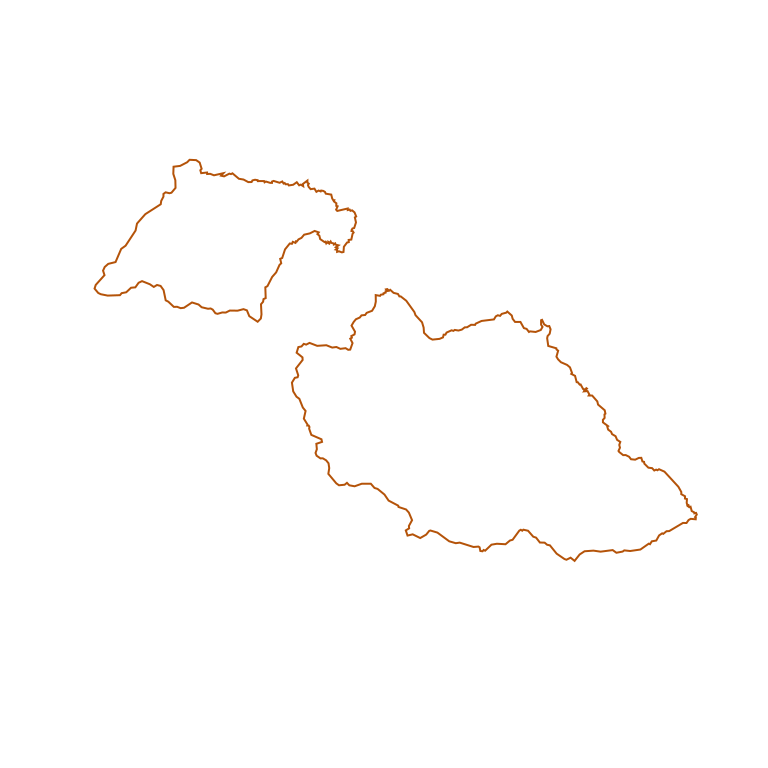 Luwu, Sulawesi Selatan, Indonesia (orthographic projection), rotated 321°
{"feature_id": "22746128B94521952332625", "entity_name": "Luwu", "entity_type": "district", "adm_level": 2, "iso_a3": "IDN", "parent_name": "Indonesia", "parent_adm1": "Sulawesi Selatan", "projection": "orthographic", "projection_center": [120.247, -3.167], "detail": "fine", "context": "isolated", "style": "outline", "palette": "amber", "viewbox_px": 768, "rotation_deg": 321, "n_neighbors": 0, "source": "geoboundaries", "source_scale": "gbopen_adm2", "svg_char_len": 6144}
<svg xmlns="http://www.w3.org/2000/svg" viewBox="0 0 768 768"><g transform="rotate(321 384 384)"><path d="M353.8,574.4L355.3,576.0L357.0,575.7L357.7,577.2L366.4,576.5L371.2,579.2L377.6,585.0L383.4,584.9L385.9,586.0L396.9,583.1L398.6,583.4L399.1,585.0L400.6,584.9L403.6,588.7L403.9,596.6L405.5,599.1L405.4,605.3L409.0,608.4L409.6,611.6L411.4,613.8L411.4,624.5L414.1,633.6L415.2,635.4L419.7,636.4L420.8,641.4L428.8,639.6L434.6,640.2L441.9,645.3L446.8,650.6L457.2,657.0L458.4,661.4L464.0,664.4L466.0,664.5L470.2,668.7L479.1,674.0L489.3,674.7L489.9,675.9L493.1,674.8L497.1,677.0L502.5,674.8L506.2,675.1L506.7,676.2L510.9,676.2L513.1,677.8L528.9,680.1L531.6,682.4L535.1,681.4L537.5,681.8L541.1,685.3L542.3,684.0L542.0,683.2L544.9,682.3L545.4,680.6L543.8,679.8L544.3,679.0L543.2,676.4L545.0,672.3L543.7,671.9L543.3,669.8L545.4,669.9L543.3,669.6L544.4,666.9L547.0,664.1L545.8,662.4L547.3,660.7L545.7,656.7L547.1,655.0L548.1,649.1L546.8,628.6L544.1,623.3L542.2,623.1L541.6,621.8L539.6,621.3L539.4,618.1L536.8,615.4L536.2,609.7L537.1,608.2L536.1,606.8L537.5,603.3L535.5,601.8L531.6,600.9L528.6,597.9L528.7,594.8L527.1,591.3L525.1,589.8L524.0,584.8L524.1,583.6L527.3,582.0L528.5,579.4L531.2,577.7L530.0,574.1L531.1,570.3L529.7,566.5L530.4,564.0L529.5,560.5L530.7,557.6L531.6,557.7L530.0,551.6L531.6,549.6L534.1,549.2L536.2,546.4L537.4,546.4L539.0,543.3L537.4,534.7L538.8,531.8L538.5,524.0L535.9,521.8L537.0,521.4L537.7,517.6L535.1,515.8L538.8,515.3L538.6,514.6L534.6,515.7L536.5,514.3L535.6,513.2L536.5,508.1L535.7,507.7L535.7,504.5L534.9,503.8L537.6,497.9L535.9,494.0L537.1,493.7L539.0,488.1L538.3,484.4L535.2,478.4L534.8,474.4L535.2,471.3L540.3,467.7L539.8,465.7L540.4,464.7L535.6,457.8L539.6,451.1L541.3,449.7L544.4,449.2L547.9,446.3L548.9,443.0L547.3,442.0L546.0,438.5L547.2,433.6L546.2,433.3L543.4,436.8L543.1,439.4L539.8,440.7L534.6,439.0L530.6,435.0L529.4,434.8L529.5,430.9L527.9,428.6L529.1,421.6L524.9,418.2L525.0,414.3L526.4,411.2L525.4,405.3L523.9,405.5L519.6,403.6L517.1,404.1L515.7,402.2L513.4,401.8L510.1,403.0L499.5,396.4L493.2,394.8L492.0,395.4L489.0,392.8L484.3,392.2L482.4,390.8L478.7,390.7L475.5,389.3L473.0,386.5L471.4,386.4L470.3,384.8L465.0,383.4L462.8,384.3L461.4,383.2L459.2,384.9L455.6,383.9L449.6,380.0L448.2,376.9L447.3,369.4L450.3,365.1L452.4,360.0L451.8,350.3L452.9,347.2L453.7,333.3L452.1,326.4L451.1,325.6L451.5,322.8L448.8,319.2L448.1,314.7L446.6,314.7L446.3,312.3L445.1,311.7L444.9,313.7L443.5,313.0L442.8,314.0L440.7,313.2L440.0,313.9L437.7,312.6L436.4,313.0L433.5,309.7L429.5,314.8L425.8,317.8L420.8,319.6L415.3,317.8L412.8,318.5L409.7,316.5L407.0,317.1L402.9,316.0L399.5,316.7L395.5,318.2L394.4,325.1L392.3,326.9L388.8,326.2L388.2,327.8L386.3,327.5L385.3,332.4L379.4,336.0L377.7,334.9L376.7,332.0L372.2,329.2L370.3,325.3L366.7,323.1L363.6,317.6L356.1,312.3L352.0,305.2L348.3,304.4L346.9,302.3L343.5,302.9L340.7,301.4L335.8,304.7L337.4,312.0L335.9,314.1L325.4,316.5L322.8,323.3L321.1,324.4L318.6,323.1L313.3,325.0L308.8,332.6L308.0,338.8L308.9,342.2L306.1,351.2L306.1,355.6L299.9,360.5L299.0,367.6L298.3,368.0L299.3,369.0L299.0,370.5L297.7,371.6L295.5,377.8L300.6,387.6L299.4,390.0L293.8,387.9L290.8,392.4L287.4,394.5L286.5,397.3L287.8,401.8L289.7,403.3L291.0,406.9L291.0,410.7L288.5,414.9L284.2,418.8L284.4,431.2L285.3,434.4L290.0,437.5L293.0,437.5L293.3,440.9L296.8,445.0L303.9,447.5L311.0,453.2L311.2,458.8L313.0,461.5L314.8,470.2L314.2,477.5L318.5,487.5L317.9,488.7L322.2,495.4L322.4,499.6L320.1,507.5L314.0,510.0L312.7,512.0L308.8,511.5L306.9,516.6L311.7,518.9L315.2,526.5L322.0,527.6L326.7,526.6L327.9,527.1L332.0,533.1L335.7,547.3L339.6,552.9L343.0,554.9L351.0,567.0L355.1,569.8L355.5,571.1L353.8,574.4ZM434.1,255.2L435.6,255.9L439.2,252.1L444.3,250.8L445.9,251.6L447.2,249.8L449.5,251.2L454.1,247.5L455.7,247.2L455.9,245.6L455.0,244.7L455.8,243.9L457.4,243.3L459.0,244.0L463.9,240.8L466.2,236.2L467.8,236.3L469.1,232.1L468.5,229.0L466.9,228.3L467.1,226.8L465.3,226.0L466.3,224.8L456.6,220.1L456.5,218.4L459.8,216.7L459.0,215.5L460.7,213.6L460.0,210.7L461.0,209.9L460.2,209.4L460.5,207.2L462.2,203.6L458.5,199.4L459.0,197.6L458.3,195.7L456.9,194.1L456.0,194.5L454.9,192.5L452.4,192.1L452.9,188.4L449.6,186.4L449.5,183.4L450.1,181.5L451.6,181.0L451.2,179.3L452.5,177.7L446.8,177.5L445.7,179.4L444.8,176.7L443.1,176.2L443.2,172.3L438.8,172.0L435.0,169.8L435.1,168.3L433.2,166.8L433.3,165.3L432.1,165.0L432.4,162.6L429.5,161.9L426.0,156.7L424.4,156.2L423.5,157.2L422.1,156.0L419.6,152.3L418.1,152.1L418.5,150.8L413.6,146.9L414.1,146.1L412.3,144.1L409.9,143.0L408.2,143.7L405.6,141.7L403.5,136.7L400.4,133.2L398.8,124.9L397.2,124.6L396.2,123.2L390.4,122.0L388.5,119.6L391.9,119.1L383.2,114.8L381.2,111.3L378.7,109.5L379.6,108.3L374.6,105.1L375.8,102.3L377.7,102.0L380.1,95.9L378.9,91.8L374.0,87.4L370.6,87.8L362.8,86.2L357.2,82.7L352.5,88.1L350.1,94.3L345.4,100.4L339.2,101.6L337.3,100.7L334.9,97.6L332.2,97.5L330.5,99.6L326.1,101.5L323.6,103.8L305.4,101.8L294.6,103.6L293.0,103.9L287.5,108.4L270.2,113.9L264.8,113.6L252.1,120.3L245.3,117.1L240.6,117.3L237.0,119.1L235.3,123.5L222.3,125.6L219.1,127.7L219.2,133.4L220.4,136.0L224.9,141.4L234.7,148.8L237.3,148.3L241.4,150.5L248.0,150.0L251.6,152.4L257.0,150.9L260.7,151.8L264.8,159.1L266.2,163.7L269.9,164.2L272.1,167.2L271.8,172.3L267.0,181.6L268.2,184.3L269.2,191.8L271.8,193.8L273.7,197.1L276.6,198.9L286.1,199.8L289.9,205.5L290.6,209.6L294.6,214.8L296.8,216.2L297.7,218.4L297.5,222.9L298.8,224.7L303.3,226.6L306.0,228.9L310.4,229.9L316.4,234.9L321.9,237.4L323.8,240.5L322.0,246.5L325.0,256.1L329.5,255.6L332.6,252.8L338.6,244.6L341.8,244.0L343.8,242.2L346.1,242.8L352.6,234.2L355.0,234.6L364.5,230.4L370.4,229.4L377.7,225.7L380.1,225.5L382.1,221.4L384.2,222.0L391.8,217.1L399.2,215.5L400.7,217.1L402.6,216.1L404.0,218.6L405.4,217.7L405.8,218.4L408.6,217.8L411.8,218.5L415.9,217.7L421.2,220.3L426.4,221.4L428.7,225.1L426.6,225.6L427.1,228.1L425.6,231.2L427.1,236.3L428.1,236.6L427.6,238.3L428.7,238.0L429.6,240.0L430.3,238.7L430.9,240.1L432.2,239.7L431.9,241.2L433.4,243.2L432.9,243.9L434.5,244.1L434.0,245.1L435.9,247.6L432.6,247.4L433.4,249.2L431.2,249.2L432.0,250.2L430.7,251.8L432.5,252.5L434.1,255.2Z" fill="none" stroke="#b45309" stroke-width="2"/></g></svg>